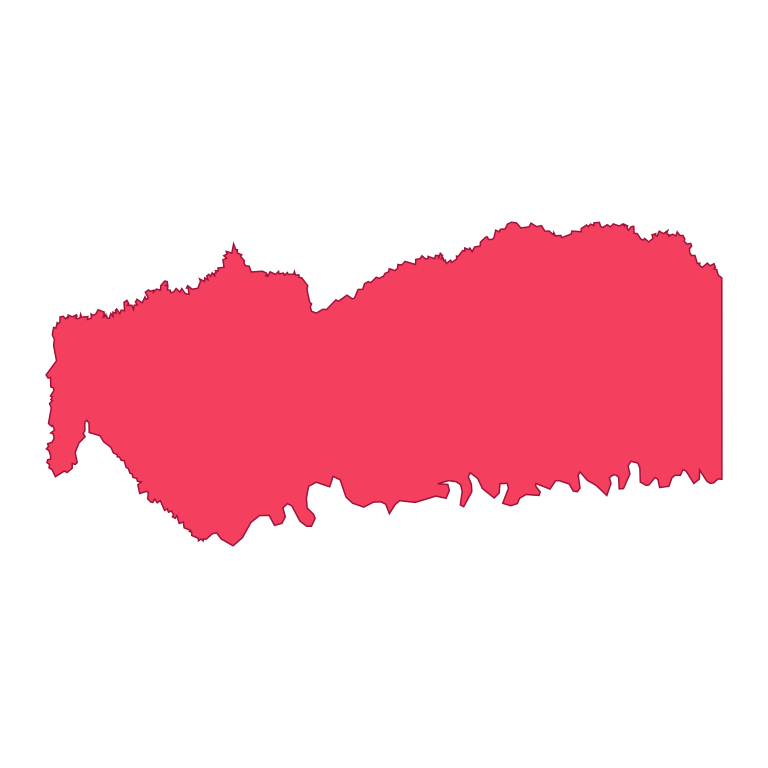 outline of Mapiripán, Meta, Colombia
{"feature_id": "7082276B47302113121733", "entity_name": "Mapiripán", "entity_type": "district", "adm_level": 2, "iso_a3": "COL", "parent_name": "Colombia", "parent_adm1": "Meta", "projection": "natural_earth1", "projection_center": [-72.385, 3.106], "detail": "fine", "context": "isolated", "style": "filled", "palette": "rose", "viewbox_px": 768, "rotation_deg": 0, "n_neighbors": 0, "source": "geoboundaries", "source_scale": "gbopen_adm2", "svg_char_len": 6054}
<svg xmlns="http://www.w3.org/2000/svg" viewBox="0 0 768 768"><path d="M60.0,316.9L60.0,321.9L58.2,323.8L57.2,322.7L55.9,328.1L53.6,327.4L52.3,334.8L54.4,339.5L53.6,345.3L56.5,360.8L46.1,374.9L48.1,378.1L50.5,377.5L50.8,386.9L53.4,387.8L53.8,390.8L50.4,396.0L52.4,396.9L50.8,399.6L52.4,400.7L49.5,403.5L51.3,407.8L48.5,423.4L51.4,426.3L52.6,425.4L54.6,430.0L50.7,433.0L53.2,433.8L54.2,438.2L52.1,442.2L47.6,443.8L48.5,446.5L46.4,448.9L48.9,450.5L50.6,455.7L50.5,459.2L47.7,459.7L46.9,462.6L49.5,464.4L49.0,467.9L52.1,469.7L55.4,476.7L64.2,471.1L67.1,472.5L72.2,468.2L72.2,463.5L75.2,464.5L77.2,462.6L75.2,452.6L78.9,443.0L85.1,436.7L83.2,433.2L84.9,430.6L84.8,422.3L86.8,420.3L89.0,423.1L89.2,432.5L100.0,435.7L103.5,441.6L110.9,447.4L113.4,452.9L117.2,454.7L117.4,457.0L119.4,456.8L121.2,460.4L124.1,460.5L126.2,467.5L128.3,468.5L130.0,473.3L132.0,473.7L133.0,477.5L136.7,478.2L137.4,481.2L141.3,481.9L137.8,484.9L139.7,493.5L146.8,491.3L148.4,493.0L147.6,498.7L150.8,502.0L152.8,502.5L154.7,499.1L157.2,502.8L160.3,500.6L164.6,510.4L167.3,509.0L168.5,512.2L171.6,511.0L173.6,514.8L172.4,516.8L175.2,518.3L176.9,515.7L179.2,523.5L183.4,522.1L184.1,527.8L190.6,530.4L189.5,531.3L191.7,532.4L191.7,535.5L198.1,538.2L198.5,540.8L201.0,539.0L203.1,540.9L203.5,538.9L206.1,539.3L212.3,533.8L216.6,532.8L221.2,539.0L233.1,545.8L242.4,537.7L251.0,522.3L259.5,515.6L269.2,515.4L274.5,525.4L282.0,523.3L285.3,516.8L282.9,507.9L287.4,503.7L291.8,505.8L300.0,521.2L306.6,526.2L311.4,526.3L315.1,518.4L313.6,514.4L307.1,507.9L306.4,498.1L308.6,486.3L316.2,482.2L329.7,486.8L333.1,476.4L340.2,479.9L346.0,497.0L352.6,503.2L363.8,507.1L373.5,502.1L381.0,501.8L385.7,504.2L389.4,513.7L395.1,504.6L399.7,500.7L415.2,502.4L435.9,496.1L446.1,498.3L449.4,490.5L447.8,484.4L437.6,483.8L448.7,480.6L456.1,481.7L460.6,484.7L462.2,491.4L460.3,504.9L463.7,506.7L471.8,491.7L471.4,484.2L468.2,476.7L470.3,472.8L477.7,478.4L482.4,488.5L494.2,498.0L499.2,492.9L499.9,483.7L507.1,483.3L508.5,488.3L502.7,503.3L510.7,505.7L517.3,503.6L519.6,498.3L526.0,494.5L539.0,495.4L540.2,491.9L535.6,486.1L536.0,483.5L550.0,489.1L555.6,480.8L559.0,480.6L569.2,484.0L573.3,491.1L577.5,491.7L580.0,488.1L578.2,474.9L580.1,472.0L587.3,480.3L596.2,485.4L606.8,495.5L611.0,483.4L609.4,477.6L612.7,475.2L615.6,474.8L618.7,477.3L619.2,488.9L623.5,488.6L629.9,473.8L628.0,466.0L631.0,461.3L637.9,463.1L639.9,468.3L640.3,482.1L646.1,485.4L648.9,484.9L655.0,477.6L657.9,479.2L659.6,487.5L668.9,486.3L672.0,477.7L675.0,475.3L680.4,475.3L683.0,469.6L686.0,471.0L693.9,483.5L699.4,479.0L699.6,470.0L707.0,481.3L710.2,483.3L713.6,482.9L718.1,478.9L721.9,479.3L721.8,277.9L718.1,275.0L716.7,269.6L714.0,268.8L715.3,267.5L714.1,263.7L710.0,265.8L707.3,263.1L702.3,267.4L699.4,265.2L699.8,263.1L697.4,263.6L694.9,255.4L691.6,255.5L689.8,253.1L689.4,248.9L691.6,246.2L690.7,243.4L687.0,244.0L684.1,241.2L684.8,239.0L683.0,235.5L679.9,235.4L677.2,231.9L675.9,235.9L672.5,234.2L668.8,236.1L669.3,234.9L666.6,233.7L667.7,230.6L663.5,233.6L659.2,231.2L657.1,236.2L655.2,235.2L655.7,233.7L652.0,234.8L653.0,238.4L648.7,241.9L644.6,238.4L643.3,240.2L641.0,239.2L637.1,233.5L634.1,233.4L633.7,226.3L630.9,226.9L628.5,230.2L626.8,227.5L627.7,226.0L624.0,224.2L624.2,225.8L622.4,224.1L619.5,226.1L613.3,223.9L610.6,226.9L607.2,224.7L602.7,227.5L600.7,226.5L599.4,222.4L593.9,222.9L593.9,225.5L590.6,224.1L588.4,226.6L586.6,225.0L581.2,228.6L581.3,231.7L571.9,231.1L571.2,234.0L561.9,237.6L560.7,235.4L555.3,235.9L553.8,232.5L553.3,234.6L549.1,231.0L544.9,231.2L541.5,225.7L536.5,226.6L531.0,223.1L529.1,226.9L520.7,227.9L516.7,223.0L511.4,222.2L507.5,224.1L505.2,228.9L500.4,229.3L499.2,231.8L495.7,230.2L493.9,238.0L492.1,239.4L488.4,239.5L487.4,236.9L485.8,237.1L480.4,242.1L480.2,246.0L474.6,247.0L472.1,251.7L469.9,248.1L468.9,249.6L464.7,248.0L464.9,250.9L462.7,250.6L458.0,256.5L456.5,256.1L456.8,259.0L451.8,262.4L450.6,260.2L446.4,263.5L445.3,260.1L443.7,260.9L443.2,258.2L441.5,258.7L442.5,255.4L440.3,253.3L438.7,257.4L438.4,255.6L435.5,255.4L434.7,258.7L428.0,256.4L428.1,258.5L425.6,259.0L421.9,255.8L420.1,258.7L415.8,259.4L415.5,264.5L405.1,261.4L401.7,265.0L397.9,264.5L397.6,268.3L395.0,270.6L389.3,268.7L388.5,272.0L385.1,273.3L383.5,276.2L379.1,278.4L376.3,277.2L370.8,282.7L368.3,281.6L364.6,283.6L362.6,289.4L358.1,289.4L354.4,298.3L352.1,298.7L347.0,295.1L338.5,301.2L335.9,299.9L326.6,309.5L322.8,309.3L316.4,313.1L311.5,311.3L310.3,306.9L311.6,303.8L309.7,302.4L307.0,289.8L307.7,285.7L301.8,277.9L298.7,277.2L299.1,275.5L298.9,274.9L295.5,275.1L294.4,271.6L293.6,274.2L288.1,274.4L287.4,272.6L284.5,275.2L283.5,273.1L279.0,273.8L278.6,271.4L275.5,274.4L270.1,271.8L267.6,276.5L265.7,275.6L267.1,274.6L266.3,273.0L262.3,271.2L251.2,272.0L249.2,266.2L245.6,265.8L244.0,263.5L244.3,260.7L240.5,256.3L241.7,254.8L237.4,253.0L237.4,249.7L235.9,249.9L233.6,243.9L231.8,253.1L226.2,251.4L227.0,254.0L223.8,255.7L226.7,258.2L222.9,259.8L224.0,267.4L218.0,267.9L218.2,270.9L215.4,270.7L216.2,272.6L214.1,273.6L215.1,276.6L212.2,272.9L210.6,276.2L208.9,274.3L206.8,275.9L207.9,279.7L204.8,277.9L204.5,281.5L199.6,278.9L200.5,281.3L197.8,288.3L192.2,289.2L187.7,285.7L186.5,288.0L188.2,288.2L189.1,294.3L185.3,293.6L181.7,288.6L179.9,292.0L176.1,288.5L173.6,292.1L170.8,292.6L170.3,290.3L167.4,289.8L167.9,286.0L165.9,285.5L167.6,284.9L167.3,281.6L164.8,281.0L160.8,285.6L160.5,290.2L156.5,289.1L153.3,292.1L153.5,290.3L150.3,291.3L148.5,289.9L145.3,292.2L148.2,297.9L146.1,299.5L145.0,296.9L142.2,302.9L137.0,299.3L135.4,302.1L137.3,304.9L134.3,305.2L133.5,309.3L131.9,305.3L127.7,305.3L128.8,303.9L126.9,300.3L124.0,302.3L124.6,310.7L121.2,310.1L119.8,313.6L116.7,309.0L115.3,310.6L116.2,313.3L112.9,312.2L113.0,316.4L110.8,313.5L109.3,318.3L107.0,318.0L106.6,315.6L103.6,316.9L105.3,314.4L103.8,314.7L104.2,312.1L98.1,309.8L95.8,314.0L93.1,315.4L91.1,314.0L91.3,318.2L87.4,319.4L87.9,316.5L81.7,317.2L80.6,314.3L80.1,317.7L77.6,318.7L75.4,318.0L77.0,316.2L76.5,314.8L72.3,316.8L68.2,315.0L68.1,318.6L67.5,316.9L65.5,318.8L63.2,316.3L60.0,316.9Z" fill="#f43f5e" stroke="#9f1239" stroke-width="1.5"/></svg>